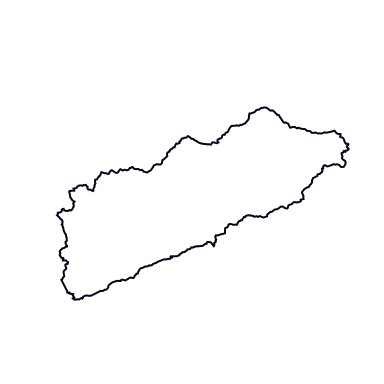 outline of Mueang Pan, Lampang, Thailand, rotated 59°
{"feature_id": "78962969B66536016204177", "entity_name": "Mueang Pan", "entity_type": "district", "adm_level": 2, "iso_a3": "THA", "parent_name": "Thailand", "parent_adm1": "Lampang", "projection": "albers", "projection_center": [99.445, 18.803], "detail": "fine", "context": "isolated", "style": "outline", "palette": "ink", "viewbox_px": 384, "rotation_deg": 59, "n_neighbors": 0, "source": "geoboundaries", "source_scale": "gbopen_adm2", "svg_char_len": 6051}
<svg xmlns="http://www.w3.org/2000/svg" viewBox="0 0 384 384"><g transform="rotate(59 192 192)"><path d="M254.1,108.7L255.4,106.5L255.8,105.2L255.9,103.4L254.5,102.8L255.5,100.0L254.0,99.4L252.8,98.5L249.3,98.1L248.5,97.3L247.5,94.4L247.3,91.3L247.9,89.2L246.8,87.7L246.5,85.9L245.9,84.6L245.2,83.9L244.1,83.4L242.4,81.0L242.8,76.4L241.6,75.2L242.4,73.2L241.9,71.9L242.0,70.8L240.9,69.1L239.0,68.7L238.9,68.4L239.3,67.4L237.8,66.5L237.2,65.2L237.5,64.2L239.1,63.4L240.0,62.4L240.9,58.3L240.9,56.5L242.4,55.1L243.0,53.2L244.7,51.9L247.3,51.4L248.5,49.2L248.5,48.6L247.0,46.0L245.3,44.9L244.2,44.8L242.0,45.8L240.6,46.1L239.8,45.7L238.8,44.6L236.7,44.3L235.8,43.8L235.7,42.9L236.1,42.1L235.1,40.9L236.5,39.9L235.6,39.0L236.3,37.6L236.0,35.8L235.6,35.4L233.4,36.1L232.9,36.0L232.5,35.6L231.9,33.5L231.5,33.3L231.0,33.5L229.8,35.3L227.3,35.3L225.6,34.8L223.8,34.6L222.6,35.2L221.3,36.6L220.7,36.5L219.6,35.2L218.8,34.9L217.3,37.1L215.6,37.9L213.3,38.2L212.7,38.5L212.5,39.9L210.5,46.1L209.2,47.5L208.6,50.7L206.5,54.1L204.5,55.6L204.1,57.1L202.8,59.0L201.0,59.2L198.5,62.1L196.4,62.7L194.2,65.7L191.8,67.5L191.7,69.0L189.5,70.3L188.3,71.7L187.9,72.6L187.7,74.3L187.3,74.8L184.6,74.5L182.6,74.5L181.4,75.6L180.5,76.0L180.1,77.3L179.5,77.7L170.6,78.1L169.6,79.4L168.8,79.2L167.6,79.8L165.2,80.2L163.8,80.8L163.2,81.3L162.8,82.8L158.8,84.4L157.7,85.2L156.6,86.8L156.2,88.7L155.6,89.4L155.9,92.2L154.8,94.5L155.5,95.9L155.7,97.9L155.1,99.9L155.1,101.1L154.3,102.3L156.2,104.1L157.8,105.0L159.0,106.4L160.6,111.4L160.3,112.3L160.1,115.0L159.3,116.0L159.6,116.9L159.1,118.1L157.9,119.2L157.7,120.4L155.7,124.1L156.7,127.0L159.0,130.5L158.6,132.6L159.8,134.4L159.1,135.5L159.1,136.3L159.5,137.4L160.8,138.5L160.9,138.9L160.7,140.2L160.3,140.8L160.6,141.7L160.3,143.0L161.3,143.9L162.2,144.2L163.1,143.9L163.1,145.4L160.2,148.3L160.0,149.4L161.1,151.0L160.9,151.9L159.9,152.7L159.4,153.9L158.0,155.4L157.2,157.0L156.2,157.7L155.4,158.9L153.7,160.4L151.2,161.8L150.2,162.0L149.7,162.6L148.0,163.5L147.1,163.6L146.2,165.0L144.9,165.3L142.0,166.6L142.4,168.9L141.5,170.9L141.6,172.0L141.0,172.9L141.7,174.8L142.5,175.7L142.3,176.8L143.6,177.5L143.3,179.3L142.3,180.4L143.7,182.8L144.7,183.9L144.2,184.9L144.7,187.1L144.6,189.1L145.1,190.1L145.7,190.3L145.6,192.8L146.6,193.9L148.5,194.7L149.5,199.6L149.5,201.1L151.5,202.6L152.1,203.8L152.1,205.2L149.9,208.0L149.9,210.0L149.5,211.1L150.5,212.3L152.2,216.2L152.0,219.1L152.3,220.2L149.6,223.0L148.0,223.2L147.1,223.7L146.6,225.1L144.4,226.4L144.0,227.6L142.5,229.5L141.5,229.9L140.4,229.8L139.7,230.6L139.8,232.1L139.4,233.0L140.2,234.7L139.9,236.7L138.1,238.5L137.8,240.5L135.9,241.3L135.6,241.6L135.7,242.5L137.1,245.6L136.9,246.5L136.4,247.4L132.0,249.5L132.1,251.7L133.6,254.0L133.5,254.4L131.4,256.3L130.9,257.2L128.3,259.4L130.6,262.3L130.6,263.5L131.1,264.1L131.1,265.2L132.3,266.8L131.6,268.7L133.3,269.9L134.9,270.3L136.2,272.4L137.1,272.6L138.7,275.1L140.0,275.8L140.2,276.3L139.4,276.7L139.1,277.3L138.1,277.5L137.2,278.5L136.6,279.6L135.0,279.7L133.7,278.8L132.9,279.3L131.2,279.3L130.9,280.7L130.1,281.4L130.2,282.9L128.9,284.0L128.2,285.9L128.3,287.6L129.1,289.0L128.1,291.7L129.1,291.7L130.2,292.3L129.3,293.8L128.1,296.7L128.8,297.3L130.3,297.6L133.7,299.0L137.6,298.8L139.8,297.7L140.6,299.7L143.1,300.4L145.1,303.5L145.5,305.4L144.3,306.4L144.4,307.9L143.5,309.5L142.0,310.9L140.3,310.7L140.0,311.3L140.0,312.6L140.8,312.9L141.6,314.0L141.5,315.7L140.7,317.8L142.3,318.8L142.5,319.7L145.6,318.7L146.8,318.8L148.9,317.9L149.8,318.2L150.4,318.0L152.1,319.2L152.7,320.4L153.4,320.0L154.7,320.7L155.6,320.6L159.3,321.9L162.4,322.2L163.7,322.0L165.5,322.9L166.1,322.8L169.0,324.2L169.5,324.8L169.5,325.8L170.1,326.5L172.6,327.2L173.8,326.8L174.4,327.1L174.0,328.6L174.1,330.4L173.6,332.4L174.3,335.0L175.0,336.2L176.6,336.3L177.7,337.8L178.7,338.0L179.1,337.7L180.9,337.9L181.7,337.4L182.1,336.4L182.5,336.3L183.5,337.7L184.2,338.0L185.5,335.4L187.3,335.0L188.0,334.5L188.8,334.7L189.6,335.7L189.0,337.0L189.1,338.0L190.1,338.6L192.6,339.0L193.1,339.8L193.7,342.6L194.8,343.5L198.5,345.0L199.1,347.2L199.9,348.0L200.0,349.2L213.0,350.1L213.8,350.7L214.5,350.3L214.9,349.2L215.3,349.5L215.6,348.9L216.2,349.1L216.8,348.2L217.9,347.5L217.9,346.8L218.4,346.4L219.2,347.4L222.0,347.3L222.1,347.6L221.5,348.1L221.8,349.0L222.7,348.5L222.9,348.0L223.6,348.3L223.8,347.7L224.4,347.2L224.8,345.6L225.9,344.3L226.0,341.2L226.9,340.8L226.6,340.1L225.8,339.3L225.7,337.6L226.6,335.3L227.8,334.0L228.9,331.9L229.7,321.4L230.9,319.3L231.0,318.6L230.8,317.5L231.5,315.6L231.1,313.8L230.3,312.6L229.2,311.8L228.6,309.0L228.5,306.4L229.6,301.9L231.6,298.9L230.9,297.9L231.0,297.1L233.5,294.7L233.5,288.9L235.4,286.9L235.5,286.3L235.3,285.5L234.1,284.1L234.2,283.1L233.4,281.7L233.9,280.6L233.9,280.1L232.9,279.4L231.8,277.6L231.3,276.6L231.0,275.1L231.5,273.5L231.7,271.0L233.0,267.6L232.8,266.4L233.5,265.7L234.1,264.2L233.6,262.6L234.3,259.0L234.1,257.9L235.3,250.6L236.1,249.6L238.0,244.9L236.4,243.7L236.2,243.2L237.8,242.8L237.1,241.7L239.3,238.0L239.3,236.8L239.8,235.5L238.9,234.4L239.1,232.4L238.7,231.4L239.7,229.0L239.4,228.3L239.5,227.0L238.9,225.5L239.9,223.0L239.1,221.1L240.1,219.9L240.3,218.9L240.0,218.4L240.5,217.6L241.0,215.5L241.6,215.2L242.0,213.8L242.5,213.3L242.8,212.1L243.4,211.3L243.6,209.8L243.3,207.6L243.9,206.2L242.9,205.3L242.8,204.5L244.7,201.8L249.6,201.2L249.3,200.5L247.0,199.0L247.1,197.9L246.8,197.1L245.8,196.8L245.4,195.9L244.6,196.0L243.9,195.5L242.3,195.1L241.5,193.9L242.5,192.3L242.6,191.1L244.4,185.1L240.1,182.2L240.4,179.4L239.0,177.8L238.7,176.9L239.3,175.3L241.4,173.4L243.2,170.1L241.9,168.6L241.2,166.5L241.6,165.6L241.3,164.8L241.9,163.9L240.2,160.4L240.9,159.4L240.4,158.8L240.3,158.0L240.9,155.7L241.7,154.9L241.9,154.0L243.0,153.2L244.1,151.8L245.3,151.4L246.0,149.1L247.3,148.3L247.5,146.4L250.7,143.9L251.5,140.2L250.0,139.1L249.5,135.1L250.1,133.3L249.6,130.5L250.7,127.3L250.3,123.5L251.2,121.7L253.6,120.7L255.1,119.1L255.0,118.2L253.5,116.7L253.1,115.8L253.7,112.4L253.1,110.4L253.7,108.9L254.1,108.7Z" fill="none" stroke="#020617" stroke-width="2"/></g></svg>